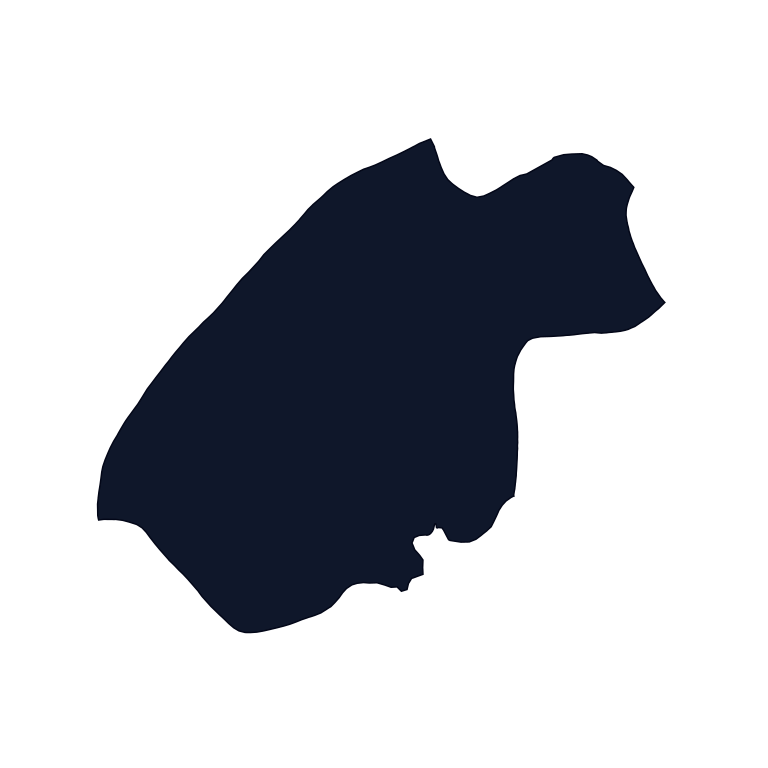 Ad Dulay'ah, Hadramawt, Yemen, rotated 107°
{"feature_id": "15242507B8260286715328", "entity_name": "Ad Dulay'ah", "entity_type": "district", "adm_level": 2, "iso_a3": "YEM", "parent_name": "Yemen", "parent_adm1": "Hadramawt", "projection": "albers", "projection_center": [47.896, 15.014], "detail": "fine", "context": "isolated", "style": "filled", "palette": "ink", "viewbox_px": 768, "rotation_deg": 107, "n_neighbors": 0, "source": "geoboundaries", "source_scale": "gbopen_adm2", "svg_char_len": 5919}
<svg xmlns="http://www.w3.org/2000/svg" viewBox="0 0 768 768"><g transform="rotate(107 384 384)"><path d="M453.2,227.1L451.8,227.6L450.3,227.8L449.0,228.0L446.0,228.3L444.8,228.6L444.5,228.6L443.0,228.9L440.0,229.5L439.6,229.5L437.2,230.0L434.0,230.6L433.0,230.8L430.4,231.5L426.8,232.3L423.2,233.2L420.0,234.0L416.7,234.8L415.2,235.2L413.3,235.7L409.9,236.7L406.7,237.4L405.6,237.8L403.9,238.4L401.6,238.9L401.1,239.0L398.5,239.9L398.0,240.1L395.7,240.7L392.6,241.7L390.9,242.2L388.7,243.1L386.1,244.0L383.3,245.1L380.9,246.1L378.2,247.3L375.6,248.5L375.1,248.7L373.0,249.6L370.4,251.0L368.0,252.2L365.6,253.1L361.2,255.1L356.5,256.8L353.9,257.8L351.3,258.8L347.5,259.9L343.7,260.9L339.9,262.0L336.9,262.9L335.7,263.2L331.5,264.1L327.7,264.5L326.3,264.5L324.7,264.6L323.0,264.6L321.1,264.6L318.5,264.5L317.6,264.3L315.5,263.9L311.6,263.2L309.4,262.5L307.2,261.8L304.9,261.0L303.4,260.5L300.6,259.3L298.7,257.4L297.2,255.8L296.7,255.2L295.0,252.0L294.4,250.8L293.0,248.1L291.1,242.5L290.4,240.4L289.6,238.1L289.0,236.5L288.0,233.8L287.4,232.2L286.3,229.2L285.3,226.6L284.2,224.1L283.2,221.3L281.3,216.7L280.1,214.1L278.0,209.4L276.1,204.8L275.6,203.5L275.1,202.4L273.5,198.4L273.2,197.7L272.3,193.3L271.9,191.5L271.7,190.7L271.4,190.0L270.7,188.2L269.8,185.8L269.5,185.3L268.6,183.2L268.0,181.6L267.5,180.4L267.0,179.3L266.5,178.0L264.4,173.3L262.2,169.3L260.3,166.4L258.3,164.2L255.6,160.9L252.4,158.3L249.6,156.1L249.1,155.6L245.9,153.0L244.6,152.0L242.7,150.5L239.2,148.3L235.0,145.8L231.1,143.2L228.3,141.7L223.9,139.3L223.3,140.4L220.5,144.8L219.9,145.5L217.0,149.2L215.0,151.8L212.5,154.3L210.6,156.4L209.5,157.5L207.6,159.4L206.9,160.1L206.1,160.8L204.6,162.3L203.7,163.2L201.0,165.6L197.8,168.4L196.9,169.3L195.1,171.0L194.0,172.1L192.9,173.1L189.8,175.8L189.5,176.1L186.0,179.1L182.2,182.4L181.0,183.5L180.2,184.2L176.7,186.8L174.8,188.4L174.1,188.9L171.1,191.1L168.9,192.5L166.3,194.3L163.4,195.8L161.9,196.7L160.2,197.8L158.4,198.7L157.6,199.2L154.8,200.5L152.5,201.6L151.8,201.9L149.3,202.6L148.6,202.8L146.0,203.4L144.8,203.6L144.0,203.7L141.0,203.9L138.0,203.9L136.2,203.9L135.0,203.9L133.2,203.8L130.2,203.4L127.2,203.0L124.2,202.7L122.9,202.6L121.3,205.3L119.2,208.7L117.6,211.1L113.9,217.5L111.8,224.2L110.7,230.9L110.8,237.3L110.8,237.9L110.2,239.8L108.5,244.8L107.7,245.8L105.9,251.8L105.5,256.2L105.9,261.9L109.3,271.9L112.2,279.2L117.5,287.5L118.8,288.3L120.7,288.9L141.4,308.9L143.7,312.8L144.8,314.8L149.7,319.9L155.0,324.3L160.2,328.7L161.7,329.9L165.5,333.2L170.5,338.4L172.4,340.5L175.1,343.6L178.3,349.7L178.3,351.9L178.4,356.6L177.8,359.4L177.1,363.3L175.2,370.0L172.9,376.5L172.2,378.1L169.9,382.8L165.5,388.1L160.3,392.6L155.8,396.0L154.9,396.8L151.6,398.9L149.1,400.6L144.3,404.1L143.3,404.8L142.3,405.2L136.1,411.1L143.5,420.3L144.8,421.6L147.5,424.2L148.7,425.5L151.4,428.2L156.1,433.1L157.7,434.8L161.4,438.8L166.7,444.9L172.2,450.8L177.1,456.3L178.2,457.7L181.0,461.3L183.1,464.2L184.5,466.2L185.8,467.6L189.1,471.1L194.2,476.4L195.5,477.6L199.7,481.5L205.0,486.1L205.8,486.8L210.3,490.4L212.3,491.7L216.6,494.5L220.7,496.7L221.6,497.2L224.7,499.0L227.1,500.5L233.2,504.4L233.7,504.6L239.4,507.7L244.7,509.9L250.5,512.5L251.9,513.0L257.8,515.9L261.4,517.8L264.5,519.4L269.5,522.3L272.6,524.1L280.6,528.7L285.5,531.4L288.1,532.8L295.4,536.7L302.5,539.4L304.3,540.2L309.1,542.5L316.8,546.2L324.3,550.3L331.8,553.6L333.8,554.4L339.2,556.5L346.3,559.4L351.6,561.4L352.8,561.9L354.1,562.4L358.8,564.6L364.4,567.2L365.9,567.9L372.8,571.8L377.6,574.7L381.2,576.5L383.7,577.7L387.1,579.6L389.3,580.8L395.6,584.3L403.3,587.8L408.9,590.1L414.6,592.6L420.4,594.9L424.6,596.4L425.9,596.9L429.5,598.4L431.1,599.0L438.0,601.5L444.5,604.0L449.0,605.6L450.9,606.3L457.6,608.8L459.4,609.3L464.0,610.5L470.1,612.1L475.5,613.6L479.4,615.0L482.6,616.1L489.2,618.4L490.3,618.8L493.7,619.9L495.7,620.5L498.8,621.3L503.3,622.4L509.1,623.7L511.2,624.1L517.8,625.8L524.9,627.1L530.7,627.8L537.9,628.5L544.0,628.7L544.7,628.7L545.5,628.7L550.6,628.2L556.8,627.1L562.3,626.2L563.6,626.0L570.2,625.1L576.5,624.0L576.8,623.9L582.6,622.8L586.3,621.6L587.8,621.1L593.4,619.3L595.8,618.1L597.5,617.1L595.3,612.3L593.6,606.5L592.3,602.1L591.9,600.9L590.8,594.4L590.7,593.0L590.5,587.0L590.6,579.6L591.0,577.8L592.3,573.2L594.5,569.4L595.3,568.0L599.2,562.8L601.0,560.2L603.9,556.1L605.9,553.0L607.7,550.3L611.4,544.3L614.4,539.4L615.5,537.8L616.9,535.0L618.3,532.2L622.0,525.6L623.3,523.0L624.5,520.6L628.0,514.5L632.0,508.1L634.9,503.5L636.1,501.5L637.9,499.2L640.4,495.8L643.8,490.2L647.3,484.4L650.0,479.1L652.8,473.7L654.2,470.7L655.3,468.5L656.1,466.9L658.4,462.5L660.5,457.7L661.1,456.3L662.5,450.5L662.2,444.1L660.7,439.0L660.5,438.5L658.4,433.0L656.0,428.3L655.1,426.6L652.0,421.2L651.8,420.9L648.1,414.6L646.5,412.0L644.8,409.2L642.1,405.1L641.3,403.9L638.9,400.7L637.8,399.3L637.2,398.5L633.4,393.8L630.1,389.2L629.1,387.9L627.9,386.0L625.4,382.5L623.7,380.4L621.3,377.4L620.1,376.4L617.0,373.7L614.1,371.3L612.5,369.8L607.7,367.3L607.1,367.0L601.6,364.5L595.8,362.6L590.5,360.1L585.6,356.1L585.2,355.6L582.4,351.4L580.8,347.7L579.9,345.7L578.6,339.9L576.9,334.9L576.1,332.6L576.0,324.3L576.3,317.8L574.2,312.2L577.1,306.8L576.1,305.3L573.8,301.9L567.6,302.3L565.4,301.7L561.8,300.8L560.8,299.3L558.5,296.3L554.6,291.1L549.2,293.0L548.8,293.2L540.9,295.3L537.5,299.7L533.5,306.2L531.7,307.6L527.8,310.8L526.4,310.6L522.0,310.3L518.7,306.3L518.5,306.0L517.4,303.3L516.2,300.2L516.0,298.7L515.2,297.3L514.3,296.4L512.8,295.5L510.7,294.7L508.3,294.3L505.2,294.5L503.2,294.6L502.6,294.1L502.6,293.6L503.4,293.0L506.0,291.8L506.1,291.0L505.4,290.1L504.6,286.5L506.4,284.2L510.5,280.2L513.1,277.6L514.0,276.7L514.3,275.2L512.7,264.2L510.1,256.3L505.6,250.7L500.4,246.9L498.1,245.4L494.5,242.9L492.7,241.9L489.2,239.8L483.4,238.8L482.0,238.6L477.4,237.9L473.4,237.4L471.3,237.2L465.3,235.5L460.2,233.1L459.8,232.8L455.4,229.4L453.2,227.2L453.2,227.1Z" fill="#0f172a" stroke="#020617" stroke-width="1.5"/></g></svg>